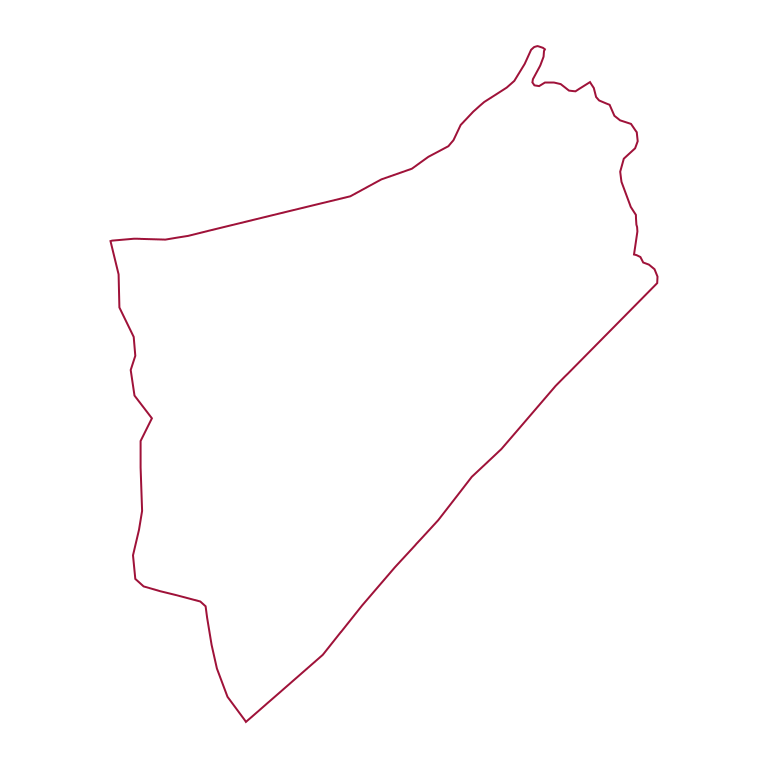 Al-Malikeyyeh, Hasaka (Al Haksa), Syria
{"feature_id": "27442178B99216687489351", "entity_name": "Al-Malikeyyeh", "entity_type": "district", "adm_level": 2, "iso_a3": "SYR", "parent_name": "Syria", "parent_adm1": "Hasaka (Al Haksa)", "projection": "mercator", "projection_center": [42.113, 36.959], "detail": "fine", "context": "isolated", "style": "outline", "palette": "rose", "viewbox_px": 768, "rotation_deg": 0, "n_neighbors": 0, "source": "geoboundaries", "source_scale": "gbopen_adm2", "svg_char_len": 2354}
<svg xmlns="http://www.w3.org/2000/svg" viewBox="0 0 768 768"><path d="M245.9,721.9L256.3,712.9L268.3,702.4L275.1,696.5L322.8,654.8L340.9,632.0L341.0,632.0L362.0,605.6L391.7,571.0L394.7,567.5L396.9,565.1L415.0,545.5L416.7,543.5L417.6,542.6L418.3,541.8L420.1,539.9L432.6,526.3L438.2,520.2L459.7,492.5L471.8,476.8L473.1,475.6L495.5,454.6L499.6,450.7L499.9,450.4L500.2,450.2L501.5,448.9L521.3,425.9L555.1,386.5L555.7,385.8L564.8,376.6L567.8,373.7L574.4,367.0L621.4,319.4L657.2,283.1L657.5,276.6L655.2,270.9L654.5,269.2L648.9,264.6L643.2,262.5L642.2,260.5L640.9,258.0L640.4,257.0L636.5,255.1L634.0,254.5L635.2,246.5L637.4,231.5L637.1,227.1L636.5,225.0L636.4,224.7L636.0,218.6L635.9,214.9L632.6,209.8L630.7,206.8L630.0,204.8L629.1,202.4L621.5,181.9L621.1,179.1L620.2,171.7L623.8,158.7L629.0,153.9L635.1,148.3L636.1,145.6L637.7,141.2L636.8,132.7L636.8,132.3L635.5,130.5L631.0,123.9L620.0,120.3L619.3,119.7L614.4,115.8L609.6,104.8L606.3,103.5L599.2,100.5L598.7,100.0L596.1,97.0L593.8,88.0L591.1,83.9L590.0,82.1L582.2,87.0L580.1,88.3L579.0,89.0L575.5,91.3L573.2,91.1L569.0,90.6L567.2,89.2L565.2,87.6L560.7,84.1L554.3,82.6L553.0,82.5L550.8,82.5L550.4,82.5L548.6,82.5L545.0,82.5L539.1,86.1L537.9,85.9L535.3,85.5L534.4,85.3L533.7,84.3L533.3,83.7L532.4,82.4L532.7,80.5L532.9,79.2L539.7,66.6L540.2,65.6L540.5,64.9L543.5,56.9L543.6,56.3L544.0,51.0L544.5,50.1L544.9,49.3L544.5,49.0L542.9,47.8L538.7,46.4L537.5,46.1L537.1,46.2L535.9,46.5L534.9,46.8L534.1,47.1L533.6,47.5L533.2,47.9L531.1,49.8L526.7,59.5L524.7,63.9L514.3,80.9L509.2,85.4L506.7,87.6L498.3,93.0L484.2,102.0L479.9,105.7L473.2,111.7L465.3,120.1L464.2,121.2L463.7,121.8L461.4,124.2L460.7,124.9L453.9,139.3L453.4,140.3L450.8,143.3L448.4,146.2L428.4,156.8L422.7,160.9L419.5,163.2L411.9,168.7L381.9,179.2L381.2,179.5L380.4,179.9L380.1,180.1L377.3,181.6L369.2,186.0L350.3,196.3L319.8,203.7L288.1,211.4L272.9,215.1L256.5,219.1L219.6,228.1L207.7,231.0L188.1,235.9L187.4,236.0L176.7,237.7L165.4,239.6L140.8,238.9L139.7,238.8L134.3,238.7L112.4,240.6L112.2,240.6L110.5,241.1L118.6,274.4L119.4,307.5L133.7,336.9L135.3,355.8L130.7,370.0L134.5,395.6L151.9,418.3L140.6,441.0L140.6,467.5L142.1,510.9L139.0,529.8L133.0,555.3L135.3,578.9L143.6,586.4L160.2,591.2L175.3,594.9L200.3,601.5L205.6,606.3L207.1,617.6L211.6,644.9L216.9,668.5L227.5,696.8L245.1,720.6L245.9,721.9Z" fill="none" stroke="#9f1239" stroke-width="2"/></svg>